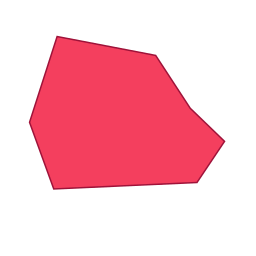 SVG path tracing the border of Sham Shui Po, rotated 194°
{"feature_id": "HKG-5159", "entity_name": "Sham Shui Po", "entity_type": "state/province", "adm_level": 1, "iso_a3": "HKG", "parent_name": "Hong Kong S.A.R.", "parent_adm1": "", "projection": "orthographic", "projection_center": [114.161, 22.334], "detail": "fine", "context": "isolated", "style": "filled", "palette": "rose", "viewbox_px": 256, "rotation_deg": 194, "n_neighbors": 0, "source": "natural_earth", "source_scale": "10m", "svg_char_len": 273}
<svg xmlns="http://www.w3.org/2000/svg" viewBox="0 0 256 256"><g transform="rotate(194 128 128)"><path d="M118.7,205.1L72.4,162.2L31.1,138.4L47.9,91.8L118.5,70.8L185.3,50.9L224.9,109.7L218.9,199.6L118.7,205.1Z" fill="#f43f5e" stroke="#9f1239" stroke-width="1.5"/></g></svg>